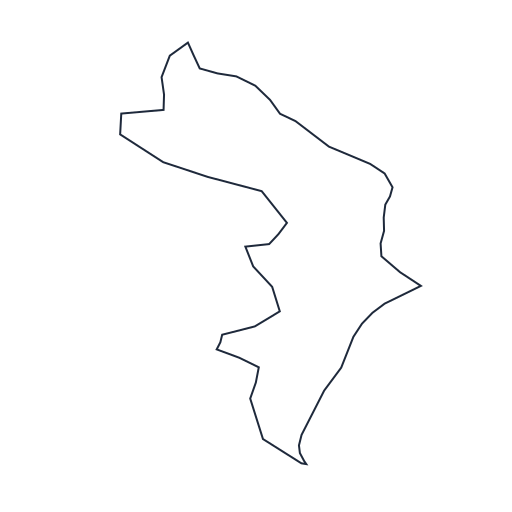 Espaillat, Robinson projection, rotated 105°
{"feature_id": "DOM-1967", "entity_name": "Espaillat", "entity_type": "Province", "adm_level": 1, "iso_a3": "DOM", "parent_name": "Dominican Republic", "parent_adm1": "", "projection": "robinson", "projection_center": [-70.375, 19.514], "detail": "fine", "context": "isolated", "style": "outline", "palette": "slate", "viewbox_px": 512, "rotation_deg": 105, "n_neighbors": 0, "source": "natural_earth", "source_scale": "10m", "svg_char_len": 865}
<svg xmlns="http://www.w3.org/2000/svg" viewBox="0 0 512 512"><g transform="rotate(105 256 256)"><path d="M242.2,89.0L268.7,119.4L280.7,128.8L293.9,136.1L308.8,141.0L341.8,144.8L368.3,155.3L417.0,165.7L427.8,165.5L435.0,162.6L441.5,156.5L444.0,153.6L444.5,158.5L431.0,201.9L395.2,224.7L378.3,223.4L362.8,224.5L358.6,245.9L356.4,269.8L348.6,268.1L340.8,268.3L324.3,238.9L303.3,218.7L281.6,232.4L266.8,256.0L249.7,268.7L241.1,246.4L229.1,240.0L216.0,234.7L191.9,267.3L192.1,323.0L189.4,369.9L173.7,418.7L153.3,423.0L138.8,383.1L123.9,386.6L107.7,393.5L84.8,391.1L67.5,377.0L78.3,368.2L89.4,358.9L89.6,340.5L87.6,321.5L91.7,300.7L101.6,282.8L112.4,269.6L115.5,252.7L131.5,213.8L137.5,169.6L143.0,153.1L154.3,141.9L163.8,142.0L172.9,144.4L185.8,142.6L198.6,138.8L211.6,138.9L223.8,134.8L234.4,112.6L242.2,89.0Z" fill="none" stroke="#1e293b" stroke-width="2"/></g></svg>